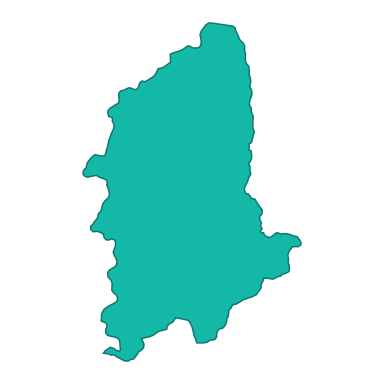 Colinas do Tocantins, Tocantins, Brazil
{"feature_id": "56859067B57184865467737", "entity_name": "Colinas do Tocantins", "entity_type": "district", "adm_level": 2, "iso_a3": "BRA", "parent_name": "Brazil", "parent_adm1": "Tocantins", "projection": "orthographic", "projection_center": [-48.535, -8.07], "detail": "fine", "context": "isolated", "style": "filled", "palette": "teal", "viewbox_px": 384, "rotation_deg": 0, "n_neighbors": 0, "source": "geoboundaries", "source_scale": "gbopen_adm2", "svg_char_len": 4256}
<svg xmlns="http://www.w3.org/2000/svg" viewBox="0 0 384 384"><path d="M103.5,353.3L108.1,353.8L111.1,355.1L114.3,354.8L117.2,357.2L119.7,358.3L121.8,359.5L125.1,361.0L128.5,361.0L130.9,359.4L133.2,359.2L134.9,357.5L137.1,354.5L138.8,351.7L141.4,350.1L143.6,347.7L144.0,344.2L142.7,340.9L141.2,338.6L149.9,336.6L153.2,335.3L156.8,332.5L159.7,331.0L164.4,329.9L166.7,329.3L167.1,326.5L169.1,324.0L172.7,322.2L175.7,317.8L180.4,318.6L184.5,319.4L188.5,320.4L190.7,323.9L192.3,327.7L194.2,335.8L195.6,338.9L196.7,342.8L199.5,342.9L203.2,342.9L206.9,342.4L210.2,340.1L212.6,339.8L214.8,339.6L216.6,337.0L216.7,333.8L217.6,330.9L219.7,328.6L222.6,328.3L224.3,326.5L225.9,324.0L226.6,321.4L226.8,318.8L228.3,316.3L228.6,313.3L228.9,309.9L230.9,308.3L231.8,306.0L233.6,304.5L236.5,304.0L238.8,302.6L241.1,301.2L243.2,299.7L246.2,298.8L249.6,297.5L252.1,296.9L254.1,295.6L256.6,294.5L257.8,292.3L259.6,290.2L261.0,287.8L261.3,284.0L263.1,280.8L263.4,278.3L266.9,278.2L270.6,278.8L273.3,279.1L276.1,277.6L278.4,276.4L280.7,276.0L282.2,274.4L285.4,273.4L288.9,271.6L289.3,268.6L289.4,266.1L288.2,262.8L288.5,258.7L287.8,255.2L289.1,251.3L291.2,248.7L292.4,246.8L295.0,246.6L298.2,246.7L300.9,244.8L300.9,242.3L299.5,239.7L297.1,236.7L294.1,236.1L290.9,234.9L287.4,233.7L283.7,233.6L280.9,234.0L277.1,232.6L274.8,233.9L272.7,235.8L269.6,237.7L266.9,236.6L264.5,235.3L263.6,232.7L261.4,233.0L260.2,231.0L262.1,228.9L260.6,225.9L261.5,222.7L259.8,220.0L259.6,216.7L261.9,214.1L262.3,210.1L260.2,207.3L258.3,204.6L256.4,201.7L254.6,198.9L251.8,198.7L249.9,195.9L248.3,194.0L245.9,193.6L244.7,191.1L244.4,188.3L245.5,185.3L247.6,181.8L248.3,178.6L249.6,176.4L250.8,173.9L250.0,170.5L249.9,166.4L248.6,163.8L250.4,161.2L251.7,157.9L251.5,154.1L251.2,151.0L248.8,149.8L249.3,146.4L249.0,143.8L251.5,142.6L252.4,139.0L253.2,135.4L254.4,132.0L252.8,128.1L252.8,125.4L252.8,122.3L253.1,118.7L253.1,116.2L252.1,113.8L251.2,110.9L251.2,107.9L249.4,105.1L249.7,100.9L250.8,97.8L251.6,95.6L252.0,93.1L251.3,89.4L249.7,86.9L250.2,84.3L250.8,81.3L250.3,77.8L249.2,74.6L249.2,70.4L248.8,66.3L246.3,63.4L245.3,60.0L245.4,56.8L245.6,54.0L244.6,50.5L244.7,47.5L244.2,44.6L242.6,42.4L240.7,40.8L239.3,39.0L238.5,36.5L237.1,33.5L235.6,30.4L234.9,27.6L232.3,26.0L211.5,23.0L208.6,23.0L205.8,24.9L203.9,27.6L201.9,30.2L200.7,32.5L200.0,35.0L200.7,37.9L201.2,40.8L201.0,43.6L200.5,46.0L198.1,47.8L194.9,48.0L192.6,47.8L190.6,46.5L188.1,45.8L185.7,47.4L183.1,49.3L179.9,50.8L177.0,51.8L173.5,52.7L170.3,54.2L170.4,58.1L170.5,62.1L168.4,63.8L165.8,65.7L163.5,67.3L160.9,68.1L158.0,68.8L156.4,72.5L154.6,75.2L153.0,76.8L151.2,78.0L149.4,79.2L147.5,80.4L144.9,81.7L141.9,81.0L139.8,82.8L138.6,86.9L137.1,89.1L134.3,89.6L131.8,88.4L129.4,87.7L126.8,88.6L124.2,90.1L120.7,90.9L119.0,92.9L118.7,95.8L119.0,98.7L119.2,101.1L118.3,103.3L115.6,104.7L112.8,106.6L110.0,108.2L107.8,110.9L107.9,113.8L108.9,116.6L112.4,117.6L112.3,120.9L113.8,124.0L114.2,126.8L112.9,130.4L111.2,133.8L110.0,137.6L109.0,139.8L108.4,142.5L107.9,145.2L107.3,147.5L106.5,149.8L105.9,152.7L104.7,155.7L101.4,156.2L98.3,155.4L95.0,154.7L92.2,156.7L89.9,159.4L87.4,162.6L86.6,165.5L86.1,168.0L84.3,169.4L83.1,171.6L83.1,174.4L85.0,176.4L88.0,177.2L90.2,176.5L93.1,176.0L96.4,175.4L99.5,177.2L102.7,178.4L105.6,179.3L107.3,181.8L106.8,184.4L107.3,186.8L108.5,189.0L108.9,191.2L109.4,194.3L108.5,197.6L106.2,199.7L103.9,202.1L102.6,204.8L101.7,208.0L101.1,210.9L98.3,213.7L97.8,217.4L96.4,219.4L94.6,221.5L92.9,224.2L90.6,226.4L90.8,229.5L93.3,231.8L97.0,231.3L100.5,232.4L103.4,234.3L104.2,237.7L106.0,239.8L108.4,240.1L111.8,238.8L115.2,240.4L115.6,244.0L115.1,246.7L114.2,249.5L113.2,252.2L114.2,255.2L115.8,257.9L117.0,261.7L116.4,265.4L113.9,267.3L111.4,268.8L109.0,270.5L107.8,272.4L107.6,275.1L108.4,277.5L110.7,279.7L112.0,282.7L112.1,285.6L111.9,287.8L111.9,290.4L113.5,292.9L116.3,294.8L117.7,298.4L116.5,301.9L113.0,303.8L109.8,305.5L107.2,307.0L104.2,309.1L102.5,311.9L101.5,314.9L101.5,317.4L101.1,320.9L103.6,322.0L105.7,322.8L107.1,325.1L106.4,327.7L105.6,330.3L105.8,333.1L107.7,335.3L110.1,336.1L113.4,336.7L116.8,337.7L119.2,339.7L119.8,342.5L120.1,346.3L120.5,350.2L118.5,351.2L116.0,350.1L113.2,348.2L109.9,347.4L107.8,349.1L105.1,350.8L103.5,353.3Z" fill="#14b8a6" stroke="#0f766e" stroke-width="1.5"/></svg>